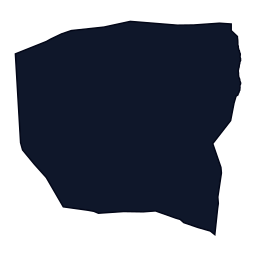 Sevrei, Ömnögovi, Mongolia (Equal Earth projection)
{"feature_id": "93677404B27006203357134", "entity_name": "Sevrei", "entity_type": "district", "adm_level": 2, "iso_a3": "MNG", "parent_name": "Mongolia", "parent_adm1": "Ömnögovi", "projection": "equal_earth", "projection_center": [102.849, 43.72], "detail": "fine", "context": "isolated", "style": "filled", "palette": "ink", "viewbox_px": 256, "rotation_deg": 0, "n_neighbors": 0, "source": "geoboundaries", "source_scale": "gbopen_adm2", "svg_char_len": 1641}
<svg xmlns="http://www.w3.org/2000/svg" viewBox="0 0 256 256"><path d="M230.6,120.6L234.0,103.1L236.0,96.2L238.0,94.8L238.1,93.5L238.7,92.9L239.0,92.1L239.1,91.6L239.1,91.3L239.2,91.1L239.5,90.7L239.8,90.1L239.8,89.8L239.8,89.2L239.8,88.7L239.9,88.3L240.0,88.0L240.0,87.7L239.9,86.7L239.9,85.6L240.1,84.9L240.2,84.7L240.5,84.1L240.6,83.7L240.6,83.4L240.6,82.8L240.2,81.7L239.9,81.1L239.8,80.7L239.8,80.3L239.7,79.5L239.6,79.1L239.5,78.7L239.1,78.0L239.0,77.4L238.8,76.9L238.6,76.4L238.5,75.9L238.6,75.5L238.6,75.1L238.4,74.7L238.4,74.4L238.5,74.0L238.5,73.6L238.5,73.1L238.4,72.4L238.2,70.8L238.3,70.4L238.4,69.8L238.5,69.2L238.6,68.8L238.7,68.1L238.9,67.6L239.1,67.0L239.2,65.5L239.3,65.1L239.5,64.1L239.7,63.7L239.9,61.9L240.5,60.7L240.6,60.3L240.5,60.0L240.5,59.7L240.5,59.4L240.6,58.9L240.4,58.3L240.3,57.9L240.1,57.3L240.0,57.0L240.0,56.7L240.1,56.3L240.1,55.7L240.2,55.3L240.2,55.0L240.2,54.6L240.3,54.2L240.2,53.7L240.1,53.4L239.9,53.1L239.7,52.5L239.5,52.2L239.5,51.8L239.4,51.1L239.3,50.6L239.0,50.1L238.7,49.7L238.6,49.2L238.5,48.6L238.5,48.2L238.4,48.0L238.2,47.6L238.3,46.5L238.2,46.0L237.8,44.9L237.8,42.4L237.7,40.0L237.4,37.4L237.4,36.5L237.3,36.4L231.2,30.6L231.2,24.0L219.5,23.2L193.8,25.0L177.4,25.2L130.3,21.4L104.0,27.1L71.3,30.6L61.6,33.9L50.9,39.0L46.4,41.5L15.4,53.9L20.6,142.7L22.6,149.9L26.7,154.9L34.3,164.1L46.3,177.5L63.3,206.8L87.8,210.2L93.9,211.3L98.4,213.2L123.6,211.5L143.2,211.8L155.5,210.9L175.8,218.1L180.2,219.4L183.8,222.6L197.8,227.4L210.3,231.0L214.8,234.6L217.6,208.4L218.3,203.5L217.8,197.0L221.4,173.0L220.9,167.4L212.7,143.6L230.6,120.6Z" fill="#0f172a" stroke="#020617" stroke-width="1.5"/></svg>